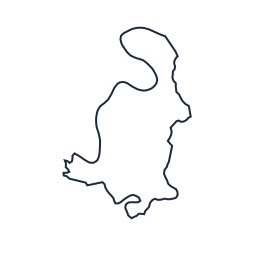 Mondaí, Santa Catarina, Brazil, rotated 150°
{"feature_id": "56859067B51062608837319", "entity_name": "Mondaí", "entity_type": "district", "adm_level": 2, "iso_a3": "BRA", "parent_name": "Brazil", "parent_adm1": "Santa Catarina", "projection": "natural_earth1", "projection_center": [-53.44, -27.106], "detail": "fine", "context": "isolated", "style": "outline", "palette": "slate", "viewbox_px": 256, "rotation_deg": 150, "n_neighbors": 0, "source": "geoboundaries", "source_scale": "gbopen_adm2", "svg_char_len": 2368}
<svg xmlns="http://www.w3.org/2000/svg" viewBox="0 0 256 256"><g transform="rotate(150 128 128)"><path d="M204.1,113.5L192.0,101.9L191.9,98.7L177.2,93.8L176.4,91.0L177.4,87.7L177.4,83.7L177.0,80.9L176.4,78.3L175.7,74.8L176.4,71.6L176.6,69.1L174.3,67.6L171.8,67.4L169.7,67.7L167.2,68.1L164.6,68.3L162.4,68.4L159.5,68.3L157.2,67.6L155.1,65.4L153.3,62.2L153.8,58.7L156.5,58.7L159.1,60.2L162.3,62.1L165.1,63.3L168.2,62.8L170.3,60.2L170.8,55.8L171.5,52.0L170.0,48.1L167.2,48.0L164.6,47.6L161.7,48.3L159.5,47.2L157.2,45.3L154.3,47.6L151.1,48.5L149.1,49.3L146.4,52.1L142.9,53.4L140.2,53.3L137.9,50.7L134.9,49.3L131.7,48.5L129.4,46.6L127.3,45.3L125.0,44.6L122.9,43.8L120.5,43.8L118.2,45.6L117.1,48.1L117.0,51.1L118.4,53.3L120.2,56.6L121.1,59.9L120.4,62.6L120.2,66.6L119.7,70.4L117.2,73.5L113.7,74.9L111.9,76.8L109.6,78.2L98.7,90.5L99.3,93.3L100.0,96.9L97.0,98.4L94.0,100.5L91.9,103.3L90.9,107.0L82.6,109.6L80.3,109.1L79.2,107.0L76.7,105.8L73.5,105.7L70.7,106.6L68.0,106.5L64.3,116.7L66.3,120.1L67.3,124.1L67.3,128.0L67.0,131.5L68.0,135.1L66.0,139.9L64.2,142.9L65.0,146.1L64.4,149.4L62.5,151.9L60.7,154.7L58.5,155.4L56.5,157.6L55.8,160.7L54.3,162.9L51.5,164.6L49.1,165.3L48.6,170.9L49.9,188.9L52.9,192.4L55.6,196.1L58.9,200.7L60.8,203.2L63.9,206.4L66.1,208.0L69.3,209.9L73.0,211.2L76.8,211.9L79.9,212.0L82.0,212.2L84.8,212.2L88.1,211.2L90.1,208.7L91.0,206.1L91.5,203.3L91.3,198.9L91.0,195.1L90.3,191.8L89.2,188.9L87.7,186.8L85.9,184.4L82.8,181.2L81.0,179.0L79.7,176.2L78.5,172.4L77.8,169.4L77.2,166.9L77.2,164.3L77.2,161.1L77.6,158.1L78.6,155.1L81.2,152.3L84.7,151.0L87.8,150.5L91.6,151.0L94.4,151.9L96.3,153.0L98.3,154.6L100.5,156.9L102.7,160.4L103.9,162.4L105.2,165.1L106.5,167.6L108.1,169.4L109.9,170.7L112.5,171.6L114.7,171.5L116.7,170.9L119.3,169.8L122.0,168.1L125.1,165.9L128.0,164.2L130.8,162.6L135.5,161.5L138.5,161.1L140.9,160.8L143.8,159.4L145.9,158.0L147.7,156.1L150.1,153.3L151.5,151.1L152.8,148.7L154.0,146.3L154.8,143.9L155.6,140.1L156.5,136.6L157.4,133.9L158.6,130.8L160.2,128.2L161.5,126.1L164.0,122.2L165.9,119.6L168.2,117.2L170.5,115.5L172.5,115.1L175.6,115.2L178.8,117.5L181.1,121.4L182.7,124.8L184.5,128.5L187.0,132.7L189.9,131.8L191.2,129.5L193.3,127.1L196.1,127.1L196.9,129.5L198.9,131.5L199.5,128.2L201.5,125.2L200.6,122.1L200.8,119.4L203.3,119.8L206.2,121.4L207.4,119.1L205.1,116.7L204.1,113.5Z" fill="none" stroke="#1e293b" stroke-width="2"/></g></svg>